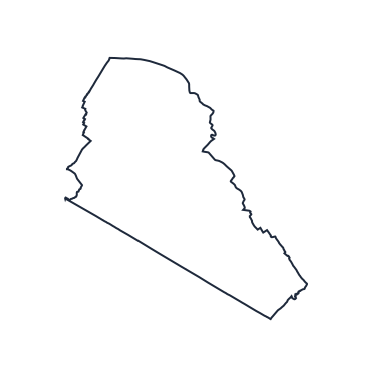 Hua Sai, Nakhon Si Thammarat, Thailand, rotated 129°
{"feature_id": "78962969B3746185944744", "entity_name": "Hua Sai", "entity_type": "district", "adm_level": 2, "iso_a3": "THA", "parent_name": "Thailand", "parent_adm1": "Nakhon Si Thammarat", "projection": "robinson", "projection_center": [100.249, 8.028], "detail": "fine", "context": "isolated", "style": "outline", "palette": "slate", "viewbox_px": 384, "rotation_deg": 129, "n_neighbors": 0, "source": "geoboundaries", "source_scale": "gbopen_adm2", "svg_char_len": 5799}
<svg xmlns="http://www.w3.org/2000/svg" viewBox="0 0 384 384"><g transform="rotate(129 192 192)"><path d="M139.6,340.4L140.0,340.4L140.8,339.9L142.5,339.5L144.9,339.5L148.7,339.2L152.4,338.7L160.9,337.5L165.3,337.0L169.3,336.4L171.0,336.1L175.3,335.6L179.1,334.9L179.1,335.2L182.2,334.8L182.2,335.1L185.5,334.5L185.5,334.9L186.6,334.8L189.8,334.0L189.4,332.2L193.9,331.1L194.1,331.0L194.2,330.8L195.4,330.5L194.5,327.2L195.4,326.8L196.2,325.1L196.5,323.9L197.8,323.4L198.0,323.2L198.7,323.0L198.8,323.1L198.8,323.6L202.9,323.0L202.9,322.9L202.7,321.0L204.2,320.7L204.3,321.0L206.3,320.6L206.2,319.3L208.0,319.0L207.5,315.3L211.0,314.7L211.4,314.6L211.5,314.7L213.8,314.1L213.7,313.5L215.4,313.1L215.8,312.9L216.5,312.7L216.4,311.9L215.9,306.3L216.0,306.3L216.2,306.2L216.1,302.9L220.3,303.4L221.9,303.6L225.1,303.9L226.2,304.1L228.2,304.2L237.6,302.4L239.0,302.0L240.8,301.6L242.1,301.8L243.8,301.8L244.3,302.0L245.2,302.5L245.6,302.6L246.3,302.5L247.3,302.6L248.0,302.9L248.5,303.2L250.3,304.0L250.5,304.0L250.9,303.7L251.3,303.6L251.9,303.6L252.4,303.8L252.6,303.8L253.0,303.5L252.5,302.8L252.0,301.1L251.7,299.2L251.5,295.6L251.5,294.7L251.6,294.2L252.3,292.7L253.7,290.3L254.1,289.4L255.8,282.1L255.9,281.8L256.5,281.6L258.4,281.3L258.8,281.2L259.4,280.7L259.7,280.7L260.2,280.8L260.7,281.2L261.1,281.2L261.4,281.1L261.9,280.9L263.2,280.5L263.5,280.7L264.0,281.3L264.3,281.4L265.3,281.0L265.9,280.4L266.9,279.6L267.7,279.5L268.3,279.1L268.6,279.1L269.4,279.6L270.5,279.7L271.3,280.4L272.7,281.0L273.6,281.7L274.7,282.0L275.2,282.3L275.4,282.5L275.6,283.0L275.6,283.4L275.4,284.1L275.4,284.4L275.5,284.8L275.8,285.7L275.8,286.7L276.1,286.8L276.7,286.6L276.9,286.5L277.2,286.1L276.9,286.2L276.6,284.8L276.5,284.3L271.2,251.6L269.8,241.6L269.4,239.9L269.3,238.4L268.9,237.1L268.7,235.9L268.4,233.6L268.3,232.4L268.0,230.7L267.7,228.0L267.3,226.2L267.1,223.8L265.6,214.7L264.0,203.3L263.7,203.2L263.5,201.9L261.7,188.3L260.5,179.6L256.6,152.7L253.6,132.9L253.0,128.1L252.3,122.5L249.8,105.1L249.6,103.7L249.3,102.4L249.1,100.2L248.5,97.7L247.7,92.3L247.5,90.9L246.7,85.6L246.4,83.3L246.0,81.0L245.8,79.6L245.5,77.5L245.4,76.7L244.0,66.9L243.3,63.1L242.5,57.7L242.1,56.2L242.0,55.1L241.7,54.5L241.7,53.7L241.4,52.1L241.4,51.4L241.3,50.9L239.5,51.1L237.7,51.0L229.9,50.8L228.4,50.4L226.7,49.9L225.2,49.7L222.6,49.2L219.4,49.2L217.6,49.0L217.1,49.1L216.0,49.5L215.1,49.5L213.9,49.4L212.0,49.1L210.3,49.1L210.6,48.5L211.1,47.8L211.3,47.4L211.3,47.1L211.1,45.7L211.0,45.1L210.8,44.8L210.5,44.6L210.1,44.4L209.0,44.4L208.8,44.9L208.5,45.2L208.6,45.9L208.2,46.4L207.7,46.2L207.6,46.4L207.2,46.4L206.8,47.1L206.6,47.2L206.5,46.9L206.2,46.5L206.0,46.8L205.7,46.9L205.4,46.3L205.2,46.1L204.6,46.3L204.4,46.2L204.5,45.7L204.4,45.6L204.2,45.6L203.8,45.5L203.6,45.8L203.3,46.0L203.2,46.2L202.8,46.4L202.3,46.5L202.1,46.1L201.7,46.2L201.2,46.0L200.9,45.7L200.6,45.8L200.3,45.5L199.9,45.5L197.8,44.6L196.8,43.7L196.3,43.6L196.1,43.6L195.7,43.9L195.3,44.1L193.1,44.2L191.3,44.6L190.9,45.0L190.8,46.9L190.6,48.3L190.2,49.9L190.1,51.8L189.7,53.8L189.2,55.3L189.2,55.7L189.1,56.1L188.7,57.1L188.5,57.8L188.1,58.7L187.8,59.5L187.7,60.0L187.0,61.5L186.9,61.7L185.8,65.9L185.6,67.1L185.1,68.0L183.9,71.0L183.7,71.7L183.2,73.7L183.0,73.9L182.4,74.8L181.7,74.8L181.2,76.0L181.0,76.9L181.1,77.2L181.3,77.2L181.5,77.3L181.6,77.8L181.5,81.6L181.3,81.6L180.0,81.6L179.9,81.7L179.7,82.2L179.5,83.3L179.1,83.8L178.7,85.0L177.9,86.1L177.8,86.6L177.8,87.3L177.7,87.8L177.4,89.4L177.3,90.2L177.0,91.5L176.8,92.3L176.5,92.7L175.8,94.9L175.7,95.5L175.1,97.6L174.2,99.1L174.2,99.3L174.5,99.6L175.7,100.5L176.4,101.0L177.0,101.7L177.1,102.0L177.0,102.7L176.9,102.9L176.1,103.4L176.0,104.2L175.4,106.0L174.4,109.7L178.7,111.1L178.3,112.4L176.8,116.3L179.9,117.3L179.7,118.7L179.4,121.5L179.0,122.9L177.8,126.0L177.2,126.8L176.8,127.0L176.6,127.3L175.4,130.0L175.2,131.1L174.4,131.9L172.1,131.8L171.9,132.0L171.8,132.3L171.7,133.0L171.4,133.9L171.3,134.0L170.4,134.1L170.3,134.3L170.4,135.2L170.5,135.7L173.7,141.0L171.4,140.9L170.9,141.2L170.4,141.9L169.7,143.2L168.9,145.3L168.6,145.6L166.4,146.2L164.9,146.3L164.5,146.7L164.2,147.3L163.9,148.3L163.6,149.0L163.1,149.6L162.3,150.6L160.8,153.2L160.5,154.2L160.4,155.0L160.5,156.9L160.9,159.3L160.9,160.1L160.6,161.3L159.7,162.8L159.5,163.5L159.4,165.1L159.5,168.1L159.4,168.5L159.1,168.7L158.6,168.8L157.2,168.8L155.4,169.0L154.9,169.0L154.5,168.8L154.0,168.9L153.6,169.0L152.9,169.0L152.1,170.5L150.5,174.5L150.4,175.7L150.3,179.1L150.2,181.3L149.9,184.3L149.9,186.1L150.1,187.5L150.7,190.2L150.9,190.7L151.4,191.8L152.3,193.5L152.5,194.3L152.5,194.6L150.9,203.7L150.9,204.0L151.2,204.7L153.2,208.2L153.7,209.2L151.7,210.0L150.2,210.0L145.4,209.5L141.5,209.4L140.1,209.2L136.9,208.3L137.0,209.9L137.2,210.9L137.0,211.7L136.9,212.0L136.0,212.7L135.6,212.8L135.4,212.8L135.2,212.7L134.8,212.3L134.4,210.7L134.0,210.0L133.8,209.8L133.4,209.5L133.1,209.5L132.7,209.7L132.2,209.9L131.2,211.3L130.5,213.1L130.5,213.7L130.6,215.7L130.4,216.9L130.3,217.2L130.1,217.4L127.8,217.8L127.2,218.0L127.0,218.3L126.9,219.0L127.0,221.1L126.9,221.4L126.7,221.9L124.0,223.2L121.4,225.4L120.7,225.5L118.6,225.3L117.1,225.4L116.5,225.6L115.5,226.2L115.3,226.4L115.5,228.5L115.2,230.8L115.8,234.3L116.5,236.4L116.9,238.5L116.7,239.3L116.7,240.5L116.7,242.7L116.6,243.0L116.3,243.5L115.6,244.0L115.3,244.4L114.3,246.5L113.1,248.2L112.9,248.7L113.0,249.6L113.3,251.5L113.6,252.2L113.8,252.6L115.9,255.2L116.1,255.5L116.1,256.0L115.8,256.6L114.8,257.9L111.9,260.5L110.2,261.9L109.8,262.3L109.3,263.0L108.7,264.8L108.0,266.9L106.9,271.7L106.8,273.4L107.1,276.2L107.6,278.1L108.6,282.1L110.7,289.6L111.3,292.7L112.1,294.9L115.5,303.8L116.8,307.1L119.4,312.2L121.2,315.5L124.1,319.4L126.1,322.4L129.5,327.3L131.1,328.9L132.6,330.9L136.0,335.7L139.6,340.4Z" fill="none" stroke="#1e293b" stroke-width="2"/></g></svg>